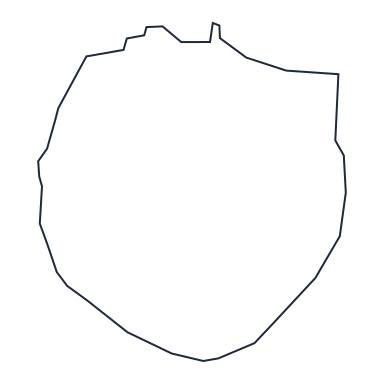 outline of Nomwin, Federated States of Micronesia
{"feature_id": "79324940B5311859282342", "entity_name": "Nomwin", "entity_type": "district", "adm_level": 2, "iso_a3": "FSM", "parent_name": "Federated States of Micronesia", "parent_adm1": "", "projection": "equal_earth", "projection_center": [151.746, 8.431], "detail": "fine", "context": "isolated", "style": "outline", "palette": "slate", "viewbox_px": 384, "rotation_deg": 0, "n_neighbors": 0, "source": "geoboundaries", "source_scale": "gbopen_adm2", "svg_char_len": 557}
<svg xmlns="http://www.w3.org/2000/svg" viewBox="0 0 384 384"><path d="M335.3,140.4L337.1,101.9L338.4,74.2L286.2,70.6L246.3,57.6L219.9,38.1L219.4,25.5L212.8,23.0L210.0,42.0L181.3,42.1L162.5,26.4L146.5,27.1L144.2,35.3L126.8,38.5L123.5,49.9L86.4,56.4L58.3,108.2L55.0,120.8L47.1,148.6L38.2,161.2L39.2,176.3L42.0,186.4L39.8,223.6L47.4,244.4L56.8,272.1L67.2,285.9L87.0,300.3L127.5,332.3L171.7,353.5L203.3,361.0L218.3,358.4L254.5,343.1L273.7,322.8L315.4,277.9L339.8,236.2L345.8,192.7L343.8,155.5L335.3,140.4Z" fill="none" stroke="#1e293b" stroke-width="2"/></svg>